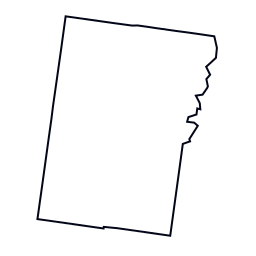 Canadian, Oklahoma, United States of America, rotated 278°
{"feature_id": "52423323B84660675823799", "entity_name": "Canadian", "entity_type": "district", "adm_level": 2, "iso_a3": "USA", "parent_name": "United States of America", "parent_adm1": "Oklahoma", "projection": "robinson", "projection_center": [-97.892, 35.525], "detail": "fine", "context": "isolated", "style": "outline", "palette": "ink", "viewbox_px": 256, "rotation_deg": 278, "n_neighbors": 0, "source": "geoboundaries", "source_scale": "gbopen_adm2", "svg_char_len": 771}
<svg xmlns="http://www.w3.org/2000/svg" viewBox="0 0 256 256"><g transform="rotate(278 128 128)"><path d="M25.1,117.8L26.7,117.8L27.3,131.3L27.2,184.8L29.0,184.8L94.7,184.6L119.9,184.5L123.4,191.3L125.6,190.3L139.9,196.8L142.5,192.8L142.4,185.7L147.2,186.3L150.9,193.9L157.0,193.9L156.6,197.0L162.6,195.6L169.5,190.7L171.4,197.2L178.8,200.9L180.4,201.3L187.3,198.8L192.2,201.9L199.5,196.9L202.0,199.0L209.7,205.3L219.7,204.9L230.8,200.7L230.8,200.1L230.9,184.8L230.9,173.6L230.8,162.4L230.8,152.9L230.9,149.4L230.8,148.6L230.8,142.9L230.9,134.7L230.9,131.8L230.9,126.0L230.9,123.3L230.0,117.9L229.9,101.1L229.9,89.9L229.9,50.7L195.8,50.8L138.7,50.7L127.2,50.9L104.4,50.9L59.2,51.0L25.2,51.0L25.2,56.6L25.1,117.8Z" fill="none" stroke="#020617" stroke-width="2"/></g></svg>